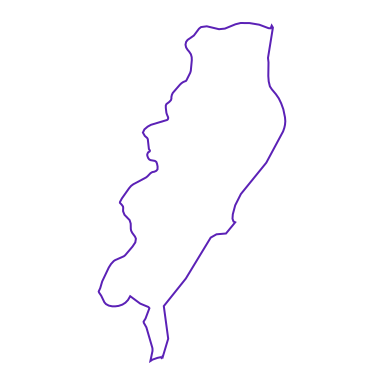 Western Darfur, Robinson projection
{"feature_id": "SDN-5858", "entity_name": "Western Darfur", "entity_type": "State", "adm_level": 1, "iso_a3": "SDN", "parent_name": "Sudan", "parent_adm1": "", "projection": "robinson", "projection_center": [22.739, 13.89], "detail": "fine", "context": "isolated", "style": "outline", "palette": "violet", "viewbox_px": 384, "rotation_deg": 0, "n_neighbors": 0, "source": "natural_earth", "source_scale": "10m", "svg_char_len": 2132}
<svg xmlns="http://www.w3.org/2000/svg" viewBox="0 0 384 384"><path d="M270.7,28.3L271.7,25.6L272.9,27.6L268.0,57.9L268.5,62.4L268.3,76.0L268.7,81.4L269.9,86.4L271.8,89.3L275.9,94.2L278.8,98.4L281.2,103.4L283.3,109.2L285.0,117.4L285.3,121.3L285.0,124.8L284.3,127.9L283.1,131.4L266.3,162.7L240.9,194.0L235.2,205.3L232.8,214.3L232.5,218.7L233.5,221.5L235.2,222.3L226.0,233.5L216.5,234.3L210.7,237.6L185.8,278.6L163.8,306.1L168.2,338.7L162.7,357.1L162.3,356.7L161.6,358.0L160.6,357.2L157.4,357.9L152.3,359.7L151.4,360.4L150.9,360.7L150.4,361.0L152.5,351.0L152.5,349.9L152.5,348.8L152.3,347.7L146.4,327.4L143.8,322.8L143.6,321.6L145.5,318.6L149.4,308.2L148.4,307.0L140.2,303.6L130.2,296.2L128.0,300.0L125.4,302.7L122.4,304.6L118.6,305.9L115.5,306.3L112.1,306.3L108.8,305.6L106.0,304.1L104.4,302.3L101.2,295.7L99.1,292.6L98.7,291.6L98.9,291.0L100.2,288.2L102.2,281.4L108.8,267.5L111.1,263.9L113.8,261.0L115.2,260.1L123.8,256.3L125.1,255.3L132.5,246.6L135.3,242.4L135.9,238.7L135.0,236.6L132.2,232.8L131.1,230.6L130.8,228.9L130.7,223.6L129.6,220.1L124.5,214.8L123.1,211.3L123.1,209.3L123.2,207.9L123.0,206.5L121.7,204.7L119.9,202.8L120.0,201.9L121.9,198.4L128.4,189.2L129.2,188.1L131.1,185.9L133.4,184.2L146.0,177.5L147.5,176.3L150.5,173.2L152.3,172.1L154.4,171.7L156.3,170.8L157.5,169.3L157.6,166.6L157.0,163.7L156.3,161.9L154.9,160.9L150.4,160.1L149.1,159.3L148.1,157.9L147.4,156.0L147.2,154.9L147.3,154.2L148.0,152.6L148.3,152.2L149.4,151.7L149.8,151.2L149.9,150.6L149.6,150.0L149.2,149.5L148.9,149.0L147.8,139.2L147.2,138.0L144.8,135.9L142.9,132.6L144.4,129.4L147.7,126.6L151.0,124.8L167.0,120.0L167.8,119.4L168.2,118.1L168.1,117.3L166.9,114.4L166.4,112.8L165.8,107.8L165.8,105.5L166.4,104.1L169.3,101.9L170.9,100.2L171.4,98.7L171.4,97.0L171.9,94.8L172.8,92.9L180.0,84.6L181.5,83.2L183.3,82.0L186.0,80.9L186.6,80.0L190.2,72.8L190.8,70.8L191.8,60.2L191.7,57.2L190.9,54.3L189.2,51.7L187.5,49.7L186.1,47.4L185.5,44.7L186.1,41.9L187.6,39.9L193.9,35.5L199.0,28.7L201.0,27.1L203.0,26.8L206.8,26.3L219.0,29.2L224.9,28.6L235.4,24.3L240.6,23.0L249.7,23.1L259.3,24.7L268.6,28.2L270.7,28.3Z" fill="none" stroke="#5b21b6" stroke-width="2"/></svg>